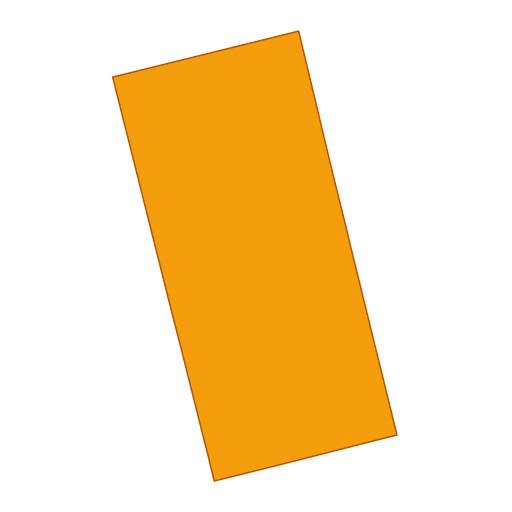 Waushara, Wisconsin, United States of America, rotated 76°
{"feature_id": "52423323B36009872159897", "entity_name": "Waushara", "entity_type": "district", "adm_level": 2, "iso_a3": "USA", "parent_name": "United States of America", "parent_adm1": "Wisconsin", "projection": "robinson", "projection_center": [-89.144, 44.114], "detail": "fine", "context": "isolated", "style": "filled", "palette": "amber", "viewbox_px": 512, "rotation_deg": 76, "n_neighbors": 0, "source": "geoboundaries", "source_scale": "gbopen_adm2", "svg_char_len": 336}
<svg xmlns="http://www.w3.org/2000/svg" viewBox="0 0 512 512"><g transform="rotate(76 256 256)"><path d="M266.1,161.9L253.2,161.7L195.2,161.6L48.1,160.2L47.7,351.8L299.0,351.3L322.6,351.0L426.4,350.9L428.0,350.8L440.7,350.8L464.2,351.0L464.3,288.6L463.7,162.5L266.1,161.9Z" fill="#f59e0b" stroke="#b45309" stroke-width="1.5"/></g></svg>